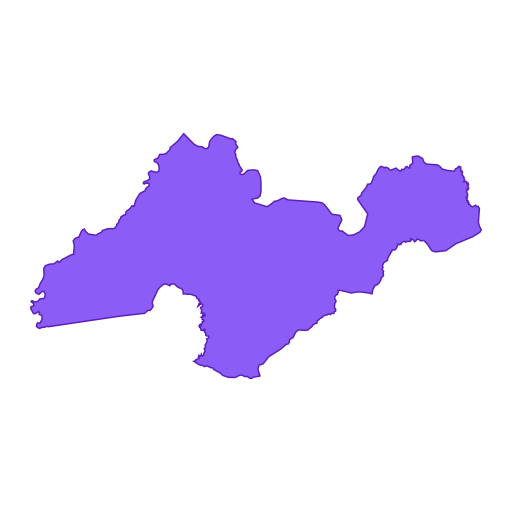 outline of Folon, Denguélé, Ivory Coast
{"feature_id": "98640826B69523806833990", "entity_name": "Folon", "entity_type": "district", "adm_level": 2, "iso_a3": "CIV", "parent_name": "Ivory Coast", "parent_adm1": "Denguélé", "projection": "robinson", "projection_center": [-7.378, 10.084], "detail": "fine", "context": "isolated", "style": "filled", "palette": "violet", "viewbox_px": 512, "rotation_deg": 0, "n_neighbors": 0, "source": "geoboundaries", "source_scale": "gbopen_adm2", "svg_char_len": 6066}
<svg xmlns="http://www.w3.org/2000/svg" viewBox="0 0 512 512"><path d="M458.7,166.3L457.6,167.8L455.5,168.9L454.7,170.6L453.6,171.2L446.0,170.2L442.2,169.0L439.9,166.5L437.5,164.9L426.5,164.1L424.0,162.2L422.5,158.4L418.1,156.0L412.6,156.7L412.3,157.6L412.8,162.4L411.8,164.0L409.8,165.2L409.6,167.8L408.5,168.0L407.2,166.6L406.1,166.6L404.0,169.5L401.8,169.3L400.8,171.0L398.8,170.5L396.0,168.1L390.5,170.3L387.8,167.9L385.6,167.2L384.5,167.8L381.5,166.4L380.4,166.6L378.4,169.0L375.8,174.2L373.5,176.6L373.2,178.6L371.1,183.3L370.1,184.0L367.6,184.2L366.3,187.4L361.6,193.2L361.2,195.2L357.8,197.9L357.7,199.6L367.7,213.9L364.6,226.6L359.6,231.9L353.6,234.9L348.1,235.5L341.9,230.8L340.0,231.3L338.5,229.9L338.1,227.8L341.8,219.8L340.0,215.4L331.9,214.2L324.7,204.9L322.1,202.8L318.0,202.1L288.0,199.9L284.4,198.0L282.3,198.3L276.8,201.1L274.8,201.1L269.2,205.5L267.0,206.7L254.4,202.8L252.0,199.1L257.6,198.1L260.1,195.9L261.0,190.8L261.0,182.9L260.4,176.7L257.7,170.7L254.0,169.9L247.9,170.3L243.7,174.1L242.0,174.5L240.3,174.1L240.0,173.5L240.2,172.2L241.8,171.2L242.2,170.0L239.4,165.8L238.9,163.9L238.0,163.1L237.4,160.0L235.8,157.1L235.8,154.5L234.6,152.3L235.8,149.2L237.7,147.7L237.7,147.0L235.6,144.0L236.0,142.1L235.8,141.5L232.5,138.6L231.0,138.9L220.5,135.1L216.3,134.6L213.6,136.5L210.7,140.0L209.4,142.4L208.8,146.6L207.6,148.3L204.9,148.7L202.2,146.8L197.6,146.3L194.0,144.2L183.7,133.7L177.5,141.4L170.2,147.6L169.8,149.9L166.0,153.5L163.7,154.3L159.7,154.4L158.1,158.0L154.4,159.7L154.1,160.3L154.5,161.6L156.7,162.5L158.3,164.3L159.3,168.4L158.8,171.0L157.4,172.1L156.0,172.3L151.0,170.9L148.6,172.6L148.4,173.9L149.6,176.3L149.7,178.8L147.7,180.3L143.8,182.0L143.3,183.2L144.1,184.0L146.9,183.1L148.2,183.4L149.2,184.1L148.9,185.9L146.2,188.1L144.9,190.9L140.6,193.0L139.3,194.3L135.6,200.5L134.1,206.3L133.1,205.8L131.9,205.9L130.1,208.5L126.3,211.4L125.2,215.0L124.0,215.0L121.0,216.8L120.8,218.2L119.1,220.0L118.8,221.9L117.8,223.6L116.8,224.2L116.4,226.2L115.2,227.7L113.7,228.6L107.9,228.7L102.4,230.5L101.3,232.4L98.1,233.7L96.2,235.3L88.5,234.1L85.4,231.2L84.5,229.1L82.6,229.7L81.6,230.9L78.8,237.2L76.3,237.8L74.6,238.9L73.2,240.8L74.3,245.6L73.5,254.3L71.2,254.8L62.0,259.6L59.3,262.4L57.6,261.0L54.0,263.9L49.7,264.1L45.4,265.7L43.8,268.4L44.1,275.9L43.0,278.8L40.2,283.6L38.6,287.8L36.0,289.3L35.1,290.9L36.2,293.1L39.0,294.3L41.7,291.8L42.8,291.3L43.9,291.5L45.3,294.2L44.7,297.5L43.3,298.6L39.8,298.9L38.2,301.0L36.1,301.9L33.7,301.8L32.9,300.9L31.8,300.7L31.2,301.8L33.6,303.5L33.8,305.7L31.1,306.6L30.7,308.5L33.4,313.5L35.0,313.7L38.6,311.6L39.3,312.5L39.2,314.5L41.0,314.9L42.1,316.5L42.0,319.1L40.4,322.5L39.4,323.2L37.8,322.8L36.8,324.1L36.4,326.0L36.7,326.7L39.2,328.4L40.2,328.3L41.1,327.5L44.5,327.2L47.3,326.3L48.4,326.7L120.0,316.1L144.7,313.3L147.5,310.6L150.3,310.3L152.9,306.9L153.1,306.0L152.3,303.3L152.5,301.2L158.0,289.5L159.9,287.2L162.9,284.7L165.4,283.8L170.0,285.7L170.5,284.4L173.7,283.8L175.2,284.6L177.5,286.9L182.3,289.3L183.2,291.5L183.2,293.8L183.7,294.2L185.9,293.7L187.3,294.3L190.4,294.2L196.0,296.1L197.0,298.5L199.1,299.3L198.6,300.8L200.0,301.5L200.5,302.5L199.2,303.3L198.0,306.2L200.9,304.0L201.9,303.9L202.8,304.7L202.7,306.2L200.8,307.3L200.5,308.0L201.7,309.7L201.2,313.2L203.7,313.0L205.2,315.3L204.7,316.0L203.8,316.1L202.9,314.7L202.4,315.5L202.8,316.5L201.1,317.2L202.5,317.9L202.2,319.3L203.4,319.8L204.0,321.0L203.8,321.6L202.3,321.5L202.5,322.4L201.9,323.6L199.7,324.6L199.5,325.1L200.8,324.2L201.5,324.9L201.2,326.0L199.6,326.8L199.6,327.3L200.5,328.1L201.2,330.4L202.6,330.4L204.3,329.2L205.1,329.6L205.1,330.1L204.2,330.8L204.5,332.2L205.7,333.2L205.8,335.2L206.6,335.9L208.7,336.0L208.9,337.3L207.5,338.8L206.6,338.9L207.4,341.2L205.1,345.0L205.5,347.3L204.2,348.6L205.1,351.3L204.0,352.8L203.6,355.3L203.0,355.8L202.0,355.7L201.3,354.2L200.8,356.1L198.8,355.4L199.1,356.8L198.3,357.2L199.1,358.0L198.8,358.7L196.1,359.6L195.6,359.9L195.7,360.6L193.8,361.3L199.1,364.7L203.1,365.7L204.5,366.6L207.0,365.8L210.7,367.7L212.5,367.8L213.3,368.4L213.7,369.5L220.3,373.0L222.8,375.4L228.2,377.3L235.2,377.5L239.8,375.2L242.0,375.1L244.9,376.6L247.0,376.4L249.7,378.1L251.8,378.3L253.8,377.0L259.7,376.2L259.9,375.0L259.0,374.3L259.2,373.5L257.9,369.2L259.0,365.2L263.2,363.8L268.6,356.8L280.8,349.0L286.4,344.2L288.0,344.1L289.4,342.3L289.4,340.0L293.4,337.1L294.5,334.4L296.4,331.3L299.1,329.9L306.1,330.4L307.7,330.0L311.9,326.7L312.9,325.0L315.0,323.6L316.7,323.4L317.5,320.5L319.0,319.7L319.9,318.5L322.1,317.5L323.5,315.8L327.2,314.8L328.3,313.9L330.3,314.6L331.3,313.5L333.8,313.5L334.3,311.7L335.6,311.1L335.7,310.3L335.6,309.0L334.4,307.6L334.8,303.3L335.8,302.0L336.0,300.8L335.0,299.4L334.7,297.3L335.5,295.4L337.6,294.4L337.6,293.1L338.3,292.0L338.1,290.3L340.6,290.4L351.4,293.0L356.5,292.0L361.2,292.0L370.0,293.2L372.0,293.9L372.6,290.4L374.7,285.8L377.5,284.5L378.9,283.2L380.6,280.5L381.2,278.0L383.5,275.6L383.2,272.6L383.6,271.4L382.1,269.3L382.9,267.7L382.6,265.9L383.0,264.0L384.3,262.2L387.4,260.5L387.8,258.0L390.4,253.6L390.5,252.7L391.6,251.8L392.2,249.8L394.7,250.0L395.9,249.1L397.6,245.5L397.5,244.2L399.9,244.7L400.8,243.7L401.1,244.0L402.0,242.4L403.9,241.4L405.1,241.5L405.6,242.2L406.7,241.5L410.0,241.4L411.0,240.5L410.8,238.7L413.4,239.9L414.6,241.8L415.9,240.9L416.9,239.1L419.0,239.6L420.9,240.9L423.9,240.4L427.7,244.5L430.7,249.3L432.2,250.9L435.6,251.9L446.0,250.6L455.9,243.7L473.2,236.5L479.9,232.2L481.3,229.7L479.3,226.0L478.4,222.4L479.4,208.1L478.6,207.7L478.1,206.3L477.0,206.8L475.6,205.2L473.0,206.7L470.8,206.1L470.3,205.1L468.8,204.2L469.0,202.9L467.7,202.5L468.2,201.1L467.7,200.5L466.8,200.6L466.7,199.4L467.4,198.0L466.1,197.2L467.4,196.3L467.7,194.5L466.6,191.7L466.5,190.5L466.6,189.9L467.5,190.1L468.6,189.0L468.6,188.1L467.8,188.1L468.1,187.1L467.7,185.5L468.3,185.4L468.5,184.6L468.0,183.0L466.8,183.5L466.6,181.7L466.0,181.4L463.7,181.7L464.7,179.9L464.0,178.8L464.1,177.5L462.0,174.4L462.5,171.9L462.2,171.2L460.6,170.8L461.0,169.4L459.9,167.3L460.5,167.0L458.7,166.3Z" fill="#8b5cf6" stroke="#5b21b6" stroke-width="1.5"/></svg>